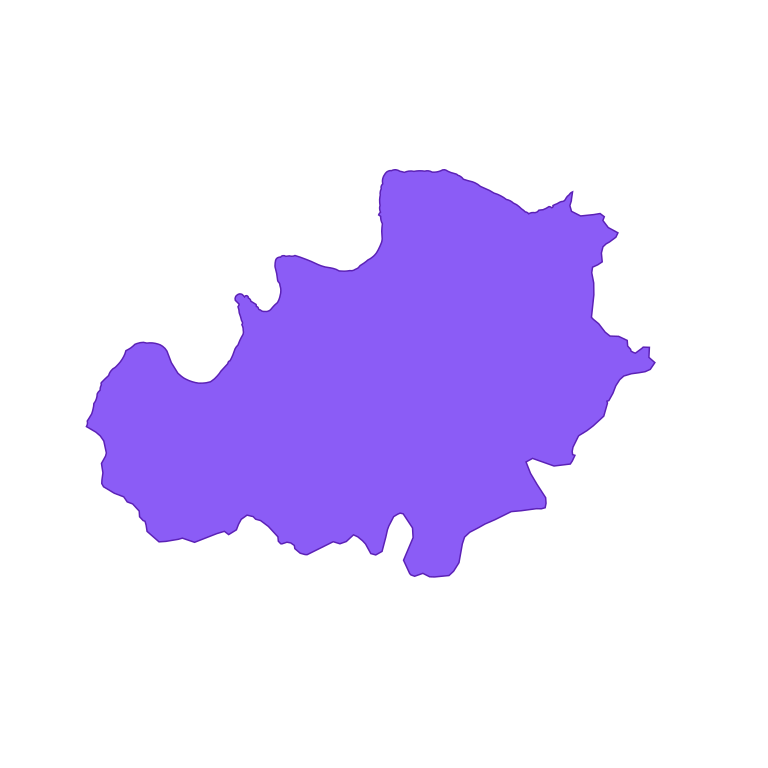 Aga, Ad Daqahliyah, Egypt (orthographic projection), rotated 47°
{"feature_id": "37247803B31879405836913", "entity_name": "Aga", "entity_type": "district", "adm_level": 2, "iso_a3": "EGY", "parent_name": "Egypt", "parent_adm1": "Ad Daqahliyah", "projection": "orthographic", "projection_center": [31.261, 30.895], "detail": "fine", "context": "isolated", "style": "filled", "palette": "violet", "viewbox_px": 768, "rotation_deg": 47, "n_neighbors": 0, "source": "geoboundaries", "source_scale": "gbopen_adm2", "svg_char_len": 6170}
<svg xmlns="http://www.w3.org/2000/svg" viewBox="0 0 768 768"><g transform="rotate(47 384 384)"><path d="M566.4,293.0L564.3,294.2L561.7,292.4L559.1,288.9L554.7,277.3L554.7,276.4L556.5,267.5L557.3,259.5L557.4,245.2L550.4,233.6L548.6,232.7L549.5,230.9L546.9,222.9L543.4,215.7L541.6,208.6L541.7,203.2L545.2,196.1L549.6,189.9L553.1,184.6L554.9,179.3L553.1,171.3L545.2,172.1L538.2,164.9L533.8,169.3L533.8,171.1L532.9,179.1L531.2,180.0L528.5,180.9L526.8,180.0L522.4,179.9L518.0,176.4L509.2,179.9L503.1,186.0L496.9,186.9L486.4,185.9L479.4,186.8L476.7,186.8L461.9,169.7L453.1,161.7L444.3,156.2L440.8,151.8L442.6,146.4L443.5,141.1L436.5,135.7L433.0,130.3L433.0,125.9L433.9,122.3L434.8,114.3L433.0,109.8L422.5,113.3L413.7,112.4L411.9,108.8L406.7,109.7L403.2,115.0L395.2,125.6L385.6,129.1L380.3,126.4L377.7,121.9L377.3,121.6L372.1,115.1L371.7,116.4L371.6,117.4L371.7,118.5L371.9,119.5L371.8,121.9L372.1,123.6L372.8,125.9L372.9,127.3L372.5,128.6L371.6,129.8L371.0,131.1L370.6,132.6L370.2,134.4L369.3,136.7L368.7,138.7L369.3,139.0L369.6,139.4L369.7,140.1L369.7,140.6L369.3,141.2L368.0,141.5L366.8,142.3L366.1,145.6L365.0,148.8L362.5,152.2L362.7,154.0L362.5,155.0L362.1,155.9L361.7,156.7L360.5,157.8L359.4,159.1L358.7,160.5L358.2,162.1L357.1,162.1L356.3,162.3L355.3,162.7L354.6,163.3L352.1,163.5L349.5,164.0L346.6,164.2L343.4,164.7L339.9,166.0L338.2,166.2L336.2,166.7L334.2,167.6L332.4,168.7L329.2,169.3L326.0,170.3L322.9,171.5L319.3,173.4L314.5,174.8L305.3,178.7L301.8,179.3L298.8,180.3L296.5,181.4L292.4,184.0L288.4,186.3L286.5,186.2L284.8,186.4L283.1,186.9L281.5,187.7L280.6,187.7L279.9,187.9L274.9,190.9L272.2,192.1L269.7,192.9L268.5,193.7L267.4,195.1L266.7,197.3L265.7,199.4L264.8,200.9L263.7,202.4L262.0,204.2L259.9,205.1L258.2,206.3L257.1,207.5L256.1,209.1L254.2,210.7L252.2,212.7L250.4,214.9L248.9,217.1L246.9,218.7L245.2,220.7L244.1,222.5L243.1,224.8L240.9,226.1L239.1,227.4L237.9,227.7L236.6,228.4L235.3,229.3L234.6,230.1L233.7,231.4L233.1,233.0L232.0,234.1L231.3,235.4L230.8,237.0L230.8,238.4L230.9,239.4L231.7,242.4L232.3,243.7L233.0,244.9L233.9,246.1L234.9,247.1L236.8,248.5L237.0,250.2L237.7,251.5L238.6,252.4L239.4,252.9L240.1,254.5L241.0,255.8L242.1,257.0L243.2,257.8L244.4,259.4L246.1,261.4L248.6,263.6L250.7,265.1L251.8,266.7L253.0,267.8L254.4,268.7L256.0,269.4L256.0,270.3L256.1,271.2L256.7,272.6L259.1,272.1L260.3,273.2L262.0,274.4L263.9,275.3L265.7,275.9L268.1,278.7L270.8,281.5L276.7,286.4L277.9,287.9L278.7,289.1L280.5,293.0L282.0,296.9L283.0,300.2L283.3,302.4L283.4,304.4L283.2,307.0L282.9,308.9L282.3,311.1L282.2,313.6L281.9,316.3L281.1,320.7L281.4,322.9L281.4,324.1L281.1,325.3L280.6,326.7L280.2,328.4L279.4,330.0L278.7,330.8L277.8,331.6L276.2,333.9L274.6,335.9L272.8,337.7L270.7,339.7L267.4,340.9L264.9,342.3L262.6,343.9L258.2,347.3L254.8,349.3L251.9,350.7L244.6,353.7L239.9,355.9L234.1,358.8L229.3,361.5L228.8,362.8L228.2,363.7L227.2,364.8L225.8,365.8L223.6,368.8L222.3,369.3L221.2,370.4L220.9,371.0L220.6,371.8L220.7,373.2L219.9,373.9L219.5,374.7L219.1,375.7L219.0,376.6L219.1,377.7L219.6,378.9L221.2,381.0L223.3,383.2L224.2,383.9L230.1,387.2L235.5,391.0L236.8,391.6L238.2,391.6L239.7,392.0L241.0,392.9L243.4,394.2L245.1,395.5L247.0,397.5L249.4,401.0L250.6,403.2L251.5,405.5L251.8,406.3L251.7,410.2L251.9,412.9L252.3,416.2L252.2,417.6L251.7,419.0L251.1,420.2L248.5,422.9L247.3,423.6L246.5,423.8L245.6,423.9L244.9,424.4L244.2,424.6L243.4,424.5L242.4,424.0L241.8,423.9L240.9,424.1L240.3,424.5L238.6,423.3L232.6,424.9L231.7,424.4L230.9,424.2L229.7,424.2L228.4,424.5L227.9,424.1L227.4,423.8L226.3,423.9L225.6,424.3L225.1,425.1L225.0,425.8L225.2,426.6L222.0,426.6L221.0,427.0L219.8,427.9L219.2,428.9L218.9,429.7L218.7,431.1L218.7,432.0L218.9,432.9L219.5,434.0L220.0,434.7L221.0,435.4L221.4,435.7L226.8,435.5L227.5,436.6L227.9,438.1L230.7,439.5L233.3,441.4L236.7,442.9L240.6,445.0L241.4,445.1L242.3,445.4L243.2,446.2L243.5,446.8L243.7,447.5L245.7,448.2L247.1,449.0L248.8,450.4L250.2,451.4L251.3,452.8L251.6,453.3L252.7,456.8L253.8,459.7L255.9,464.2L256.1,466.7L256.7,468.9L259.8,475.0L261.0,477.9L262.0,480.7L261.7,481.4L261.6,482.4L262.0,483.5L262.6,484.4L263.4,494.6L264.0,497.2L264.4,500.4L264.6,504.4L264.2,508.4L264.0,509.5L261.8,513.3L259.8,515.9L257.1,518.9L254.3,521.0L251.4,522.8L248.3,524.4L245.1,525.7L242.9,526.4L240.3,526.9L235.6,527.4L223.4,525.0L211.9,520.3L208.6,519.9L205.4,520.2L202.9,520.9L200.9,521.9L198.5,523.4L196.2,525.2L194.2,527.2L192.3,529.6L189.5,531.5L187.5,534.1L185.9,537.1L185.1,539.1L185.1,541.7L184.9,544.7L184.3,547.5L183.6,550.0L185.3,553.0L186.4,555.7L187.3,558.6L188.0,561.8L188.3,564.4L188.5,567.7L188.5,569.4L188.0,572.0L188.1,573.9L188.3,575.4L188.7,576.8L189.2,578.1L190.0,579.6L190.0,584.7L190.2,589.8L190.5,590.3L190.9,590.8L191.9,591.3L192.4,592.6L193.0,593.7L193.8,594.7L194.9,595.8L195.0,598.2L195.3,599.5L195.7,600.6L197.2,602.2L198.7,604.5L199.8,606.9L200.4,609.5L202.2,611.5L203.7,613.6L205.1,615.7L206.5,618.2L207.8,622.8L208.7,626.3L209.8,627.0L210.8,628.0L211.6,629.2L212.2,630.7L222.5,627.6L228.4,626.9L234.6,627.8L245.1,634.1L246.8,636.8L249.4,644.8L257.3,650.2L261.7,655.6L264.3,658.3L267.9,659.2L280.1,655.7L289.0,651.3L295.1,652.2L300.3,649.6L310.0,649.7L314.4,653.3L319.6,653.3L321.4,652.4L324.9,654.2L330.2,657.8L346.0,656.2L350.4,650.8L357.4,640.2L359.2,636.6L370.6,630.5L379.4,608.3L382.9,601.2L388.2,600.3L390.0,591.4L387.4,586.1L385.6,580.7L386.5,573.6L391.8,570.1L395.3,570.1L399.7,567.4L409.3,565.7L423.4,565.8L426.9,568.5L430.4,568.5L431.3,567.7L433.5,562.9L436.6,560.6L440.9,559.7L443.6,561.5L450.6,560.7L455.0,558.0L456.4,556.6L464.7,528.7L470.8,525.2L473.5,519.0L473.5,509.2L477.9,507.4L484.0,506.6L488.4,506.6L499.0,509.3L503.4,506.6L505.1,499.6L497.2,487.1L492.9,480.8L491.1,477.2L487.6,467.4L488.5,463.0L489.4,460.3L492.0,458.5L508.7,461.3L516.2,467.5L526.2,489.9L540.2,494.5L542.0,494.5L545.5,492.7L549.0,484.7L556.1,482.1L559.6,478.6L568.4,467.1L568.4,460.8L565.8,451.0L554.4,435.8L550.9,429.5L550.9,422.4L553.6,412.6L555.3,405.5L558.8,395.7L564.1,378.0L570.3,370.0L579.1,357.6L582.6,354.0L584.4,350.5L581.8,346.9L577.4,343.3L561.6,340.5L549.3,337.8L537.9,333.3L539.7,326.1L559.9,315.6L569.6,302.3L568.7,298.7L566.4,293.0Z" fill="#8b5cf6" stroke="#5b21b6" stroke-width="1.5"/></g></svg>